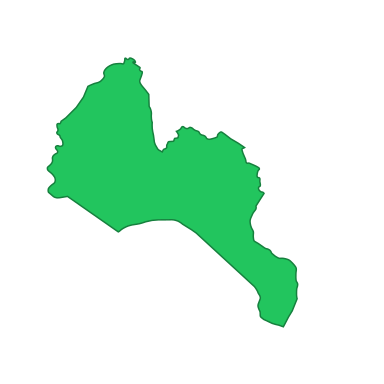 the district of Dolores Merendon, Ocotepeque, Honduras, rotated 123°
{"feature_id": "27666195B64666731554953", "entity_name": "Dolores Merendon", "entity_type": "district", "adm_level": 2, "iso_a3": "HND", "parent_name": "Honduras", "parent_adm1": "Ocotepeque", "projection": "equal_earth", "projection_center": [-89.141, 14.565], "detail": "fine", "context": "isolated", "style": "filled", "palette": "green", "viewbox_px": 384, "rotation_deg": 123, "n_neighbors": 0, "source": "geoboundaries", "source_scale": "gbopen_adm2", "svg_char_len": 6072}
<svg xmlns="http://www.w3.org/2000/svg" viewBox="0 0 384 384"><g transform="rotate(123 192 192)"><path d="M204.0,340.3L205.3,339.9L206.5,339.9L206.8,340.1L207.2,341.1L207.6,341.6L208.2,342.0L208.9,342.0L209.7,341.5L210.6,340.8L211.3,340.1L212.2,338.8L213.0,338.1L213.9,337.8L214.4,337.7L215.4,337.9L216.0,337.6L216.5,337.0L216.7,336.3L216.7,335.7L216.6,334.6L216.7,333.7L217.1,333.1L217.7,332.5L218.0,332.1L218.6,330.5L219.0,329.4L219.7,328.4L220.6,327.5L221.5,326.7L222.4,326.2L223.0,326.0L223.7,326.0L224.2,326.2L224.8,326.6L225.2,327.0L225.6,327.6L225.9,328.3L226.1,329.4L226.5,330.1L227.2,330.7L227.6,330.9L228.1,331.0L228.9,330.8L229.5,330.3L230.0,329.4L230.4,328.0L230.7,327.3L231.3,326.6L232.1,326.3L232.6,326.3L233.1,326.4L234.5,327.3L235.6,327.7L236.5,328.0L237.4,328.1L238.2,328.0L239.1,327.8L239.8,327.4L240.9,326.5L241.7,326.0L242.6,325.6L243.5,325.4L244.3,325.4L245.8,325.5L247.4,325.9L249.4,326.5L249.9,326.5L250.3,326.5L250.9,326.2L251.4,325.8L251.9,325.3L252.2,324.7L252.5,323.4L252.7,321.4L252.9,319.9L253.2,318.4L253.6,317.3L254.2,315.7L254.7,314.8L255.5,313.9L256.2,313.3L256.9,312.9L257.6,312.6L258.3,312.4L259.2,312.4L260.0,312.5L261.9,313.3L264.0,313.9L265.6,314.2L266.7,314.3L267.6,314.2L268.7,313.7L269.6,313.1L270.4,312.2L271.3,305.5L271.1,303.9L270.4,302.0L268.8,299.8L263.5,294.0L265.6,232.1L264.7,231.6L262.0,230.8L259.9,229.9L257.4,228.5L255.2,227.0L253.5,225.5L252.3,224.4L248.8,220.5L247.1,218.7L244.7,216.6L242.3,214.7L237.6,210.1L233.8,205.2L228.2,196.7L226.7,194.5L226.0,193.4L225.2,191.8L224.6,190.0L224.1,188.2L223.9,186.3L223.9,184.4L224.1,182.3L223.9,171.9L224.1,166.3L237.3,88.1L238.1,86.0L239.4,83.3L240.8,81.3L241.9,78.9L242.3,78.3L242.9,77.6L243.6,77.0L244.4,76.6L249.9,75.4L250.7,75.1L251.6,74.6L252.3,74.0L252.9,73.3L253.9,72.0L255.0,70.2L255.4,69.7L256.1,69.1L258.4,67.5L258.8,67.2L259.2,66.6L259.5,65.8L259.8,62.4L258.5,53.1L257.5,49.7L256.4,46.7L255.3,42.0L252.6,42.2L244.3,43.0L237.1,43.2L224.3,45.7L223.1,46.9L221.5,48.2L218.4,50.2L216.3,51.4L215.2,51.8L213.4,52.3L212.0,53.0L211.5,53.4L211.0,54.0L209.9,56.1L209.4,56.6L208.8,57.1L207.2,58.3L204.2,60.2L202.8,61.0L200.5,62.1L199.3,63.0L198.8,63.6L198.4,64.3L197.7,66.1L197.3,67.5L196.9,69.0L196.6,70.5L196.3,72.0L196.2,73.4L196.4,74.9L197.0,77.0L197.7,78.8L198.4,80.2L200.0,82.5L200.3,83.5L200.4,84.5L200.5,85.9L200.5,87.5L200.1,90.9L200.0,91.6L199.7,92.3L198.9,93.5L198.7,94.1L198.5,94.8L198.4,95.4L198.5,96.8L198.6,97.5L199.2,99.1L199.4,100.5L199.1,108.2L199.3,112.2L199.2,113.1L199.0,113.7L197.9,114.8L196.2,116.2L194.8,117.1L193.0,118.1L192.0,118.8L191.1,120.0L190.2,121.7L189.6,122.7L188.3,124.4L187.0,125.7L185.6,126.9L184.7,127.5L183.9,127.9L182.0,128.5L178.8,129.0L176.9,129.3L175.2,129.3L172.7,129.1L171.7,129.1L171.0,129.3L170.3,129.6L169.6,130.1L169.0,130.7L160.7,130.8L154.0,130.8L153.7,131.4L153.6,132.1L153.7,132.8L154.1,133.6L154.2,134.1L154.3,134.7L154.2,135.4L154.0,136.3L153.7,137.1L153.4,137.6L152.9,138.1L152.3,138.5L151.8,138.6L151.2,138.6L150.1,138.1L149.7,138.1L149.2,138.3L148.4,138.8L146.2,140.9L144.4,141.9L143.9,142.3L143.6,142.7L143.5,143.3L143.5,143.7L143.9,144.4L144.0,144.7L144.0,145.1L143.6,145.7L142.9,146.4L140.8,147.4L139.2,148.0L137.9,148.2L136.3,147.9L135.9,148.1L135.6,148.4L135.3,149.0L135.3,149.7L135.4,151.9L135.8,154.8L136.6,159.5L137.0,160.4L137.7,161.2L137.8,161.4L137.9,161.9L137.7,162.5L137.3,163.2L136.2,164.1L135.2,165.2L131.8,170.3L130.6,171.7L129.5,173.0L128.8,173.4L128.2,173.4L127.8,173.2L126.9,172.5L126.1,172.1L126.0,174.5L125.9,179.8L126.3,188.4L126.2,189.9L125.7,195.8L125.6,198.4L125.6,199.4L125.6,199.8L125.9,200.4L126.2,200.7L127.3,201.2L128.5,201.5L129.3,201.6L130.1,201.6L130.6,201.4L131.5,201.0L131.8,200.9L132.1,200.9L132.5,201.1L133.3,201.6L134.4,202.4L136.9,204.6L138.1,205.8L138.7,206.7L139.1,207.9L139.1,208.6L139.0,209.2L138.5,210.0L138.3,210.6L138.1,211.3L138.1,212.0L138.3,213.3L138.9,215.0L139.0,216.2L138.8,217.2L138.6,217.7L138.0,218.6L137.8,219.5L137.9,220.4L138.4,222.1L138.6,223.4L138.6,224.7L138.3,226.4L138.4,227.4L138.6,228.3L138.9,228.9L139.4,229.3L140.2,229.6L140.8,229.9L141.4,230.5L141.8,231.2L142.0,231.8L142.1,232.4L142.1,233.3L141.9,234.5L142.0,235.0L142.2,235.4L142.5,235.7L143.2,236.0L143.6,236.0L144.9,235.9L145.6,236.0L146.2,236.2L148.4,237.2L149.1,237.7L149.6,238.1L150.0,237.1L150.4,236.2L151.5,234.3L151.8,234.1L152.7,233.9L153.6,233.4L154.1,233.4L154.7,233.7L156.2,235.4L156.5,235.7L157.6,235.6L158.7,235.1L159.1,235.2L159.6,235.3L159.9,235.6L162.3,238.8L162.9,239.1L163.4,239.2L164.4,238.9L166.4,238.7L167.4,238.2L168.0,237.6L168.7,237.4L169.3,237.5L170.0,237.8L170.5,238.1L171.2,238.7L171.8,239.0L172.6,239.0L174.6,238.8L174.9,242.9L174.6,244.2L172.4,248.5L170.7,250.7L168.2,252.8L165.4,255.2L162.8,257.8L160.3,260.0L157.6,261.9L155.1,263.4L154.7,264.1L152.7,265.9L150.5,267.5L148.4,268.7L147.2,269.6L145.9,270.9L144.7,272.4L144.2,273.2L143.8,274.2L143.5,274.6L133.7,281.4L132.0,286.1L130.4,291.3L129.8,292.9L129.1,294.4L128.2,295.7L127.4,296.3L126.5,296.7L122.0,297.7L119.4,298.5L118.7,298.9L118.4,299.1L118.3,299.4L118.2,299.8L118.5,300.7L118.5,301.3L118.4,301.7L118.2,302.2L117.9,302.7L117.5,302.9L116.3,303.1L116.0,303.3L115.9,303.7L115.8,310.8L115.8,311.5L115.7,311.8L115.5,312.0L115.3,312.2L115.0,312.2L114.7,312.0L114.5,311.7L114.5,310.7L114.5,310.4L114.3,310.2L114.0,310.1L113.8,310.2L113.7,310.3L113.5,310.7L113.1,311.3L112.9,311.7L112.7,313.0L112.7,314.2L112.9,315.7L113.2,316.6L113.5,317.0L113.8,317.3L114.1,317.4L114.6,317.3L115.0,317.4L115.5,317.6L115.8,318.0L116.0,318.4L116.1,319.0L116.1,319.4L115.9,320.1L115.9,320.4L116.0,320.7L116.4,321.0L116.9,320.9L118.1,320.1L119.7,319.6L121.3,319.2L121.8,319.3L122.3,319.8L123.0,321.6L123.9,323.0L125.9,325.6L127.5,327.4L129.1,328.6L130.9,329.7L132.8,330.6L134.7,331.2L135.9,331.4L137.0,331.5L137.9,331.5L138.9,331.3L139.9,331.0L140.4,330.7L141.0,330.1L141.8,329.1L142.5,328.5L143.1,328.3L144.0,328.2L145.7,328.3L148.5,328.9L149.6,329.3L150.3,329.7L151.4,330.4L154.1,332.9L155.8,334.1L158.2,335.7L160.1,336.8L171.5,334.7L184.1,335.1L198.6,338.2L204.0,340.3Z" fill="#22c55e" stroke="#15803d" stroke-width="1.5"/></g></svg>